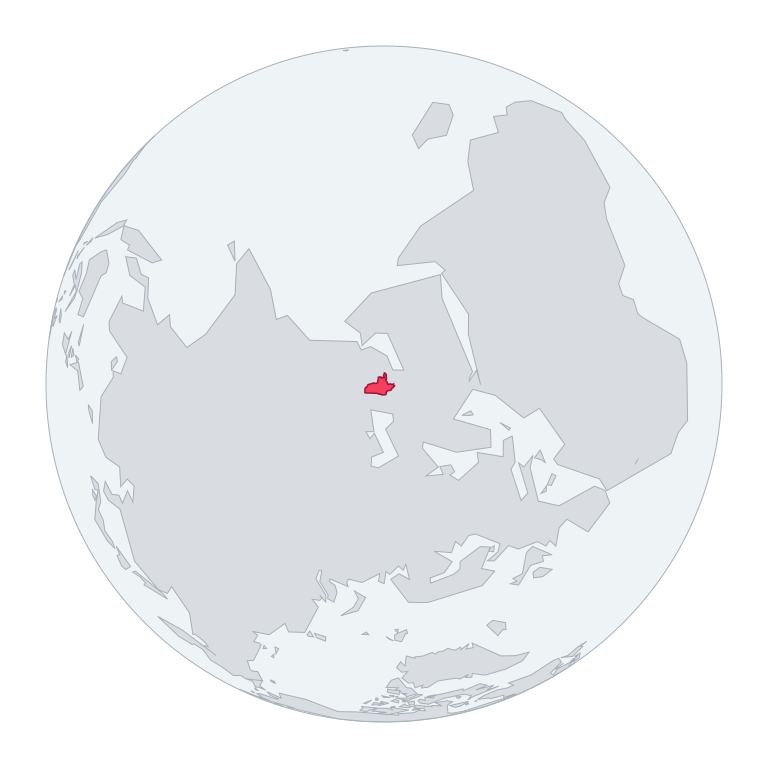 the Earth from above Esfahan, rotated 185°
{"feature_id": "IRN-3211", "entity_name": "Esfahan", "entity_type": "Province", "adm_level": 1, "iso_a3": "IRN", "parent_name": "Iran", "parent_adm1": "", "projection": "orthographic", "projection_center": [51.611, 32.657], "detail": "fine", "context": "on_globe", "style": "filled", "palette": "rose", "viewbox_px": 768, "rotation_deg": 185, "n_neighbors": 0, "source": "natural_earth", "source_scale": "10m", "svg_char_len": 12384}
<svg xmlns="http://www.w3.org/2000/svg" viewBox="0 0 768 768"><g transform="rotate(185 384 384)"><circle cx="384" cy="384" r="338" fill="#eef3f6" stroke="#a8b0b8"/><path d="M399.1,46.4L401.7,46.6L436.8,51.4L452.6,53.9L445.4,53.4L478.6,59.9L500.7,67.2L472.8,58.6L467.6,57.7L481.2,62.0L478.8,62.1L484.0,64.6L480.0,64.7L464.0,60.7L461.1,61.0L470.8,64.2L473.0,67.0L459.1,62.1L461.4,66.8L435.0,63.1L401.2,53.6L383.5,54.9L340.6,55.3L341.5,56.7L325.8,59.1L321.0,61.9L314.4,62.0L316.2,64.4L323.2,63.8L326.3,64.8L324.1,66.8L315.3,66.9L315.1,66.0L311.4,67.1L307.9,66.5L308.4,67.9L298.0,68.4L304.9,70.9L293.8,73.9L287.9,73.5L293.0,69.6L291.7,62.0L287.3,62.0L275.8,65.1L244.8,78.3L238.0,80.6L225.5,86.5L227.1,86.5L237.5,82.1L237.5,84.5L250.2,79.8L252.0,80.4L263.3,77.9L256.7,82.8L244.1,89.3L234.5,92.0L228.7,95.2L233.9,97.0L212.1,107.0L191.1,123.4L186.0,126.1L183.1,122.3L193.1,110.5L189.5,109.1L186.8,115.1L174.1,123.1L169.9,126.9L167.7,129.9L170.5,129.1L165.2,133.3L165.7,128.0L170.6,124.1L170.4,125.5L175.0,120.5L175.3,118.6L168.8,123.6L171.4,121.4L191.0,106.6L211.6,93.4L233.1,81.6L255.4,71.5L278.4,63.0L301.9,56.2L325.9,51.1L350.2,47.8L374.6,46.2L399.1,46.4ZM464.5,56.2L456.9,54.4L465.1,56.2L464.5,56.2ZM485.4,65.0L488.3,65.7L489.8,66.8L485.4,65.0ZM266.1,75.5L264.7,76.7L263.3,76.5L266.1,75.5ZM272.3,73.6L271.8,72.6L274.7,71.5L274.9,72.1L272.3,73.6ZM485.0,68.2L486.5,70.2L482.2,67.4L485.0,68.2ZM272.3,75.2L279.8,69.8L284.9,68.1L290.2,69.4L272.3,75.2ZM485.5,70.9L489.3,76.7L496.0,78.3L479.1,77.8L481.5,72.5L475.2,68.6L481.8,70.9L485.5,70.9ZM326.3,62.9L318.8,63.5L327.1,61.4L326.3,62.9ZM330.9,61.3L351.8,54.8L361.8,55.4L352.8,57.1L367.3,57.1L361.8,60.5L352.6,61.3L347.3,60.1L349.3,62.4L330.9,61.3ZM469.1,77.1L467.6,78.2L466.1,76.3L469.1,77.1ZM328.2,65.1L331.5,63.5L340.4,63.8L335.3,67.1L334.1,65.9L328.2,65.1ZM373.8,55.8L379.5,56.9L376.6,59.9L378.5,60.8L362.6,60.7L373.8,55.8ZM330.9,66.8L332.5,69.0L326.3,70.7L325.5,66.8L330.9,66.8ZM344.9,62.5L348.8,63.0L345.0,63.8L344.9,62.5ZM305.2,79.1L309.0,76.6L314.0,76.4L305.2,79.1ZM333.5,69.7L335.6,69.1L338.0,68.9L337.7,70.7L333.5,69.7ZM361.7,63.0L359.3,64.2L368.0,63.2L366.2,65.8L356.0,65.4L359.6,66.7L359.1,67.6L351.3,66.4L361.7,63.0ZM344.6,72.1L330.9,73.3L322.8,77.8L318.1,77.9L332.1,70.8L344.6,72.1ZM349.2,68.8L345.3,70.8L341.5,69.6L341.9,67.6L349.2,68.8ZM368.7,68.0L374.1,64.0L376.2,64.3L368.7,68.0ZM343.0,73.5L346.3,73.3L342.8,74.0L343.0,73.5ZM361.7,69.8L363.3,68.2L365.6,68.5L361.7,69.8ZM351.6,74.3L347.2,74.5L347.3,73.0L351.6,74.3ZM356.8,72.4L359.6,73.3L350.0,72.3L357.2,71.6L356.8,72.4ZM363.6,70.4L365.5,70.1L362.6,71.0L363.6,70.4ZM353.8,80.4L341.7,79.6L341.9,76.0L353.7,77.2L353.8,80.4ZM84.2,431.3L78.4,374.2L86.7,361.2L92.1,339.7L152.6,297.2L161.1,308.2L203.9,318.9L208.5,324.0L198.7,339.7L227.1,373.4L241.8,362.3L272.1,382.4L295.2,386.4L311.8,355.2L273.9,347.8L271.9,330.3L306.0,322.3L339.8,329.7L340.2,323.3L322.7,306.0L334.4,295.9L317.1,299.2L321.2,306.6L310.4,309.3L306.0,302.8L310.4,299.1L301.3,294.5L283.0,314.2L285.2,323.9L259.0,321.9L260.2,338.2L251.7,343.3L246.5,317.9L250.1,310.0L237.3,279.9L231.2,287.8L242.9,317.2L237.4,313.5L229.3,325.9L231.2,313.6L220.1,280.8L199.1,277.9L165.4,300.5L154.6,297.4L148.7,285.1L167.9,254.5L190.0,265.2L197.1,255.9L198.6,237.3L205.2,242.6L208.5,236.7L217.4,240.4L235.8,231.3L245.8,233.9L258.7,217.4L265.6,216.9L255.9,226.5L254.6,235.1L280.0,242.6L286.6,240.2L292.9,229.3L299.1,233.4L302.0,221.9L319.4,221.7L300.6,212.9L307.6,201.3L321.2,194.8L320.1,189.7L298.0,200.5L292.2,206.4L292.6,213.8L273.9,230.4L264.0,230.8L270.8,208.6L257.4,207.3L268.6,191.7L321.5,170.1L340.6,168.7L360.3,190.0L352.5,196.3L341.6,191.4L346.5,206.4L348.6,200.1L353.7,203.9L361.7,194.9L365.7,197.3L366.5,185.1L372.3,187.0L371.7,194.7L388.5,184.4L402.1,186.5L404.0,183.1L402.1,179.0L420.7,185.1L421.2,182.5L415.3,179.3L412.6,172.2L415.0,162.4L421.3,165.0L421.3,168.9L430.7,181.7L429.7,192.4L432.5,192.6L434.9,184.0L423.4,168.3L423.1,161.7L429.7,168.2L427.2,165.3L429.1,162.9L436.7,163.3L430.0,156.0L441.3,129.6L457.3,128.7L461.9,136.8L476.5,124.2L493.4,126.1L487.9,122.9L491.2,116.0L486.0,115.2L483.6,113.2L489.7,97.4L496.0,96.4L492.4,87.9L489.6,86.5L484.8,86.5L479.1,77.8L496.0,78.3L501.5,81.2L508.4,80.4L520.0,87.6L532.7,93.9L541.4,103.8L550.7,108.6L552.3,107.8L566.2,114.6L589.2,132.8L563.5,121.3L527.5,98.9L541.6,107.8L536.3,107.1L540.0,111.4L550.1,118.2L552.6,118.0L557.8,139.1L577.9,163.6L581.6,156.5L590.9,159.5L617.0,185.7L636.0,236.1L648.6,244.4L654.0,252.8L653.2,262.6L645.3,250.3L638.4,250.1L634.1,242.3L630.2,255.2L623.9,244.6L624.0,260.7L631.5,266.9L637.3,258.7L640.1,278.3L654.7,286.8L663.9,304.2L664.7,346.8L654.2,367.2L655.1,373.6L647.0,371.2L642.2,388.1L661.9,412.7L663.4,422.2L652.7,448.6L651.5,441.9L630.1,435.6L630.3,459.7L646.7,470.0L652.4,488.3L641.7,487.9L635.4,472.1L627.8,469.2L626.8,449.1L614.8,423.3L603.7,434.4L601.7,422.3L583.5,403.1L566.0,418.1L540.1,459.9L541.3,490.9L530.3,507.0L505.3,468.2L496.9,438.9L486.1,443.8L461.8,421.1L414.7,423.9L409.6,415.9L400.4,420.1L383.5,412.2L376.4,398.7L365.4,399.5L385.0,434.7L396.9,434.0L409.1,420.3L412.1,432.8L428.6,443.0L404.6,473.5L337.4,497.9L333.6,474.3L296.9,404.1L299.6,396.8L299.5,395.9L299.3,394.3L293.0,405.9L287.7,391.8L304.3,440.9L305.8,460.8L336.4,499.2L332.8,502.5L343.5,510.4L381.1,503.1L380.7,510.7L361.3,544.5L311.6,584.7L319.9,612.9L319.2,634.6L292.0,644.5L298.2,660.1L284.7,662.8L286.4,670.5L277.7,676.3L261.9,679.0L230.7,669.9L225.7,662.9L205.5,644.2L176.0,599.5L180.6,583.9L176.6,567.7L154.4,523.3L159.0,504.5L153.9,493.0L142.8,489.8L137.2,475.9L130.8,472.1L93.4,454.4L84.2,431.3ZM126.9,325.9L124.1,332.0L126.9,325.9ZM372.7,354.9L394.9,357.1L389.8,335.7L397.9,335.0L393.2,328.3L389.3,334.1L378.6,315.9L389.9,310.2L389.8,301.1L382.3,300.0L363.3,313.5L378.5,339.3L371.3,347.6L372.7,354.9ZM174.1,123.4L173.9,123.9L170.7,127.5L170.2,126.9L174.1,123.4ZM168.2,138.8L159.6,145.4L165.4,139.9L163.1,139.9L172.5,129.0L183.9,126.9L177.1,129.5L168.2,138.8ZM188.2,115.2L181.0,121.5L188.5,114.7L188.2,115.2ZM218.1,204.0L219.1,209.4L212.8,214.9L200.3,214.0L209.3,205.8L218.1,204.0ZM222.1,216.1L232.4,195.5L240.6,196.0L234.3,199.1L238.7,201.4L229.6,207.1L227.4,228.6L221.7,235.1L201.6,228.5L211.3,226.7L209.7,221.2L222.1,216.1ZM244.1,149.9L248.6,143.2L260.6,152.7L255.0,158.0L242.1,156.9L241.1,149.9L244.1,149.9ZM280.2,79.3L281.2,77.7L283.7,77.4L284.8,78.6L280.2,79.3ZM306.6,77.9L278.6,87.1L278.2,85.4L262.2,93.9L255.1,92.9L265.8,87.3L248.3,93.5L255.1,88.0L243.3,93.0L267.7,80.5L273.1,76.6L269.8,81.1L276.2,81.9L280.5,81.1L296.9,76.1L311.6,68.9L320.3,69.3L322.5,71.6L320.2,73.3L315.3,72.3L315.9,75.5L307.1,75.5L306.6,77.9ZM343.2,108.7L338.4,104.9L338.1,115.0L329.3,113.5L329.8,114.7L321.6,116.4L312.5,120.8L309.1,119.3L307.0,121.8L301.5,123.2L297.5,126.2L290.2,124.9L284.7,128.6L284.3,125.9L276.8,132.8L279.1,127.2L272.2,129.1L273.6,133.6L243.7,123.3L229.4,124.8L216.2,129.5L221.9,120.3L237.9,110.6L257.8,102.8L270.8,103.3L271.0,99.5L277.3,98.8L274.5,102.1L282.5,96.8L287.0,97.2L304.7,92.8L313.6,85.8L320.3,84.4L319.0,87.4L326.6,84.1L328.7,89.0L333.6,88.2L340.5,92.8L335.3,99.7L341.1,98.4L346.7,102.4L343.2,108.7ZM355.5,81.8L351.2,89.3L344.2,92.5L335.0,83.4L330.3,83.4L324.2,78.5L334.4,74.2L335.2,75.9L338.3,76.6L333.9,77.6L339.8,77.4L341.2,79.9L346.1,80.5L343.4,82.7L355.5,81.8ZM216.6,319.8L220.6,322.1L227.6,323.7L222.6,331.9L216.6,319.8ZM208.5,297.5L212.6,297.9L208.9,309.4L204.7,307.4L208.5,297.5ZM218.0,288.7L213.1,297.0L213.2,291.3L218.0,288.7ZM260.1,226.5L264.8,226.6L264.1,229.4L260.0,232.6L260.1,226.5ZM340.3,141.3L338.7,137.8L340.9,137.0L344.0,128.8L350.8,129.7L351.6,135.0L340.3,141.3ZM303.6,359.7L295.1,364.8L292.4,361.1L295.8,360.1L303.6,359.7ZM255.6,348.8L265.1,355.7L254.1,351.0L255.6,348.8ZM348.3,140.9L348.8,137.3L351.8,140.1L348.3,140.9ZM356.0,130.0L360.1,132.5L352.0,128.9L356.0,130.0ZM450.5,712.5L453.9,712.7L448.3,713.8L450.5,712.5ZM377.5,634.6L359.9,668.8L343.6,668.0L338.5,658.0L343.5,637.2L361.7,631.7L370.1,621.5L377.5,634.6ZM691.5,500.5L695.1,497.1L694.7,498.6L691.5,500.5ZM688.1,500.7L692.6,496.0L686.8,504.4L688.1,500.7ZM694.3,494.2L698.9,486.4L700.9,482.0L700.2,485.0L694.3,494.2ZM684.7,504.2L663.7,521.7L654.6,525.0L657.4,518.7L672.3,508.9L684.7,504.2ZM656.7,519.1L641.7,515.5L616.3,488.1L625.5,484.4L651.1,495.2L649.6,500.2L658.7,504.9L656.7,519.1ZM690.0,468.6L688.3,482.1L677.4,491.0L672.1,493.4L668.5,480.3L670.6,470.5L675.2,467.2L689.3,424.7L695.0,426.4L691.5,442.9L695.9,449.6L690.0,468.6ZM543.1,493.3L552.0,508.7L545.6,513.4L543.1,493.3ZM692.2,398.8L688.4,417.2L690.9,395.2L692.2,398.8ZM692.0,379.8L693.7,385.8L690.2,382.1L692.0,379.8ZM657.6,382.6L652.9,387.8L651.4,383.3L656.6,374.1L657.6,382.6ZM670.9,319.1L675.9,332.5L676.8,337.8L672.2,331.6L670.9,319.1ZM406.9,149.3L394.9,159.1L390.8,168.0L395.5,175.3L383.7,169.7L390.1,155.9L406.9,149.3ZM436.4,131.4L432.2,125.9L437.3,126.1L439.0,127.4L436.4,131.4ZM431.5,129.6L420.1,127.1L419.9,122.7L429.0,125.4L431.5,129.6ZM383.9,132.7L379.9,135.4L377.5,132.9L383.9,132.7ZM634.7,610.6L633.9,611.4L641.4,602.8L651.2,586.8L653.0,585.2L660.0,571.5L681.5,540.7L699.0,502.4L703.3,494.1L711.3,467.7L712.4,463.7L705.9,486.8L697.8,509.4L688.1,531.3L676.9,552.5L664.2,572.8L650.1,592.2L634.7,610.6ZM700.0,490.5L705.9,474.4L708.0,470.0L700.0,490.5ZM719.6,423.2L719.7,422.4L717.2,431.7L716.8,428.4L718.5,420.1L715.6,423.7L718.9,412.1L719.4,420.2L720.9,405.7L721.5,400.6L719.6,423.2ZM717.1,438.1L717.5,436.5L716.7,441.5L717.1,438.1ZM710.5,445.5L710.1,449.1L708.9,448.8L710.5,445.5ZM712.2,440.6L715.2,437.2L711.7,444.0L712.2,440.6ZM698.6,449.4L700.1,455.4L704.9,444.2L701.2,456.1L703.5,464.7L702.0,471.0L699.9,461.2L697.6,477.0L695.4,479.4L695.0,468.6L697.8,450.9L700.0,442.0L708.1,428.3L698.6,449.4ZM712.5,431.1L711.5,423.7L712.1,416.3L713.3,419.1L712.5,431.1ZM706.9,407.0L702.4,401.0L699.7,409.3L703.8,385.9L707.7,395.4L706.9,407.0ZM700.9,387.6L698.5,395.2L700.0,382.5L700.9,387.6ZM697.1,392.6L695.3,385.6L697.9,383.5L697.1,392.6ZM702.4,385.8L700.5,372.5L703.1,378.3L702.4,385.8ZM690.3,370.3L698.5,375.9L690.3,379.3L683.4,355.4L686.4,351.2L690.3,370.3ZM665.2,253.2L660.7,247.5L661.6,242.6L664.4,247.9L665.2,253.2ZM660.3,223.8L660.4,239.5L659.7,253.3L662.9,253.9L668.3,267.0L660.1,260.0L655.9,242.3L657.5,234.0L651.8,223.9L649.3,213.5L640.6,203.2L637.6,196.5L645.9,203.6L660.3,223.8ZM636.7,199.2L620.6,180.1L625.0,176.6L629.5,179.9L635.0,189.9L632.4,191.1L636.7,199.2ZM618.0,174.7L615.3,175.9L585.9,155.8L580.8,150.8L605.5,163.0L604.2,165.0L610.7,171.0L618.0,174.7ZM471.3,79.2L468.0,78.3L471.0,78.1L471.3,79.2ZM480.7,113.0L477.9,110.3L481.5,109.8L480.7,113.0ZM472.4,102.9L470.2,105.3L469.9,101.6L472.4,102.9ZM465.8,111.2L468.1,105.7L469.7,112.6L465.8,111.2Z" fill="#d9dde1" stroke="#a8b0b8" stroke-width="1"/><path d="M376.1,379.0L376.5,378.6L377.3,378.2L379.3,377.7L379.6,377.5L379.9,377.3L380.2,377.2L380.5,377.2L380.6,376.9L381.1,375.8L381.2,375.4L380.9,375.1L381.1,374.0L381.2,373.8L381.3,373.6L381.8,373.4L382.8,373.3L383.2,373.3L384.9,372.9L385.8,373.4L386.3,373.5L387.6,373.4L387.9,373.4L390.0,374.1L390.3,374.1L401.9,373.5L402.1,373.6L402.3,373.7L402.5,377.7L402.4,378.1L402.0,378.9L401.7,379.1L401.4,379.2L400.9,379.4L400.6,379.8L400.4,380.8L400.3,381.2L400.1,381.6L399.8,381.9L399.3,382.2L394.1,384.2L392.6,383.8L392.2,383.8L391.7,384.0L391.4,384.2L391.2,384.4L390.9,384.6L390.5,384.7L390.3,384.9L390.3,385.1L390.5,386.9L390.4,387.2L390.2,388.1L390.1,388.8L390.1,389.3L390.3,390.2L388.6,390.7L388.2,390.7L387.1,390.5L386.9,390.3L386.8,389.7L386.7,389.6L386.0,389.9L385.9,390.1L385.7,390.1L385.1,390.6L384.7,390.7L384.2,390.5L384.3,391.0L384.5,391.1L384.9,391.3L385.2,391.5L385.3,391.9L385.2,392.3L385.1,392.9L384.7,394.0L384.6,394.5L384.7,394.8L384.7,395.0L384.2,395.1L383.3,394.5L382.8,393.9L382.5,393.2L382.5,392.8L382.5,392.6L382.6,392.1L382.1,390.6L382.0,389.9L382.0,389.6L382.4,389.4L382.4,389.2L382.2,389.0L382.1,388.9L382.2,388.7L382.4,388.5L382.5,388.2L382.4,387.6L382.2,387.1L381.6,386.7L381.3,386.4L380.7,385.9L380.7,385.5L380.7,385.0L380.6,384.9L380.5,384.7L380.3,384.6L380.3,384.4L380.2,384.2L379.8,384.0L379.7,384.2L378.9,384.2L378.7,384.3L378.1,384.6L377.9,384.7L377.7,384.6L377.2,384.6L376.9,384.4L376.6,384.2L376.3,384.2L376.2,384.3L375.7,384.3L374.7,384.8L374.8,384.4L374.9,384.2L374.7,383.9L374.2,383.7L373.8,383.7L373.5,383.6L373.3,383.0L373.3,382.9L373.4,382.7L373.5,382.6L373.9,382.5L374.1,382.3L374.3,381.6L374.5,381.3L375.3,381.1L375.4,380.9L376.0,379.8L375.9,379.5L376.0,379.2L376.1,379.0Z" fill="#f43f5e" stroke="#9f1239" stroke-width="1.5"/></g></svg>